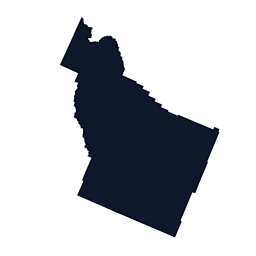 Fremont, Wyoming, United States of America, rotated 24°
{"feature_id": "52423323B51643539353926", "entity_name": "Fremont", "entity_type": "district", "adm_level": 2, "iso_a3": "USA", "parent_name": "United States of America", "parent_adm1": "Wyoming", "projection": "albers", "projection_center": [-109.435, 43.135], "detail": "fine", "context": "isolated", "style": "filled", "palette": "ink", "viewbox_px": 256, "rotation_deg": 24, "n_neighbors": 0, "source": "geoboundaries", "source_scale": "gbopen_adm2", "svg_char_len": 2242}
<svg xmlns="http://www.w3.org/2000/svg" viewBox="0 0 256 256"><g transform="rotate(24 128 128)"><path d="M211.2,92.6L207.2,92.6L207.2,95.4L169.2,96.2L169.3,97.2L168.2,97.3L157.0,97.4L157.0,96.1L148.9,96.2L148.9,93.5L140.8,93.5L140.8,90.8L132.7,90.9L132.7,86.9L124.6,86.9L124.6,84.2L116.5,84.3L116.5,82.9L100.5,82.9L100.5,75.5L98.8,74.4L96.2,69.5L94.3,68.6L93.5,66.4L91.1,65.6L90.9,64.9L90.3,63.0L89.4,62.3L87.3,62.2L86.4,58.4L85.1,58.3L84.1,56.0L82.8,55.5L82.2,54.0L80.2,53.8L79.9,52.3L77.5,53.2L76.0,51.7L74.3,51.7L73.3,52.7L72.4,53.2L72.1,52.7L71.0,53.7L70.0,54.3L68.0,56.6L67.3,58.7L66.8,59.6L66.9,60.5L67.1,61.5L66.7,62.0L65.9,62.0L65.0,62.4L64.2,62.8L63.5,62.8L62.7,63.1L61.9,63.6L61.4,64.2L61.0,64.5L60.8,64.4L60.5,64.4L60.4,64.5L59.9,64.9L59.4,65.2L59.2,65.6L58.7,65.7L58.3,65.6L57.7,65.3L57.2,64.9L56.9,64.7L56.6,64.6L56.3,64.4L56.3,64.1L56.1,63.9L55.9,64.0L55.3,64.3L54.7,63.8L54.4,63.1L54.6,62.7L54.3,62.1L54.5,61.5L54.9,61.1L55.5,61.0L56.1,60.9L56.7,60.7L56.9,60.5L57.0,60.2L56.9,60.1L56.3,59.9L56.1,59.5L56.2,59.1L56.5,59.0L56.5,58.0L56.1,57.7L55.0,56.8L54.7,56.2L54.8,55.4L54.7,54.7L54.2,54.4L53.6,54.2L53.6,53.2L54.3,52.4L54.3,51.6L53.5,51.7L52.8,52.1L50.2,52.4L48.3,51.2L46.1,51.6L45.0,52.0L44.7,51.6L44.6,51.3L44.7,51.1L44.7,50.8L44.7,50.6L44.5,50.4L44.3,50.5L43.9,50.4L43.7,50.4L43.5,49.9L43.5,49.6L43.5,49.3L43.3,49.1L43.2,48.9L43.2,48.7L42.9,48.2L42.7,47.9L42.6,47.7L42.5,47.1L41.5,46.6L41.2,46.6L41.1,64.1L41.2,64.7L40.9,97.3L61.0,97.5L61.0,100.6L61.0,106.6L62.5,106.6L64.2,105.8L65.1,106.6L64.8,109.9L66.6,111.8L65.7,114.5L66.1,115.1L65.2,116.0L66.3,117.6L66.7,119.4L66.3,120.7L67.4,121.8L68.0,125.2L69.4,125.5L70.1,129.1L72.0,130.0L74.1,133.0L74.7,135.2L73.8,136.1L74.6,137.8L74.7,139.6L78.1,139.8L78.8,141.2L80.5,141.5L81.4,143.6L82.9,143.8L84.3,144.9L85.2,146.5L87.1,145.8L88.7,148.2L89.7,150.5L90.0,152.6L90.9,154.2L93.1,155.0L94.1,157.2L95.6,158.9L98.1,160.0L96.9,160.5L96.3,162.3L97.1,163.0L99.1,162.4L100.2,164.0L103.4,165.2L102.4,166.2L103.7,168.0L103.3,169.3L107.5,169.3L107.9,193.6L109.6,193.6L109.7,209.4L151.3,209.1L214.7,208.1L214.3,192.1L213.0,192.1L212.2,159.7L215.1,159.6L214.8,151.5L214.2,127.3L213.3,127.4L212.5,95.2L211.3,95.2L211.2,92.6Z" fill="#0f172a" stroke="#020617" stroke-width="1.5"/></g></svg>